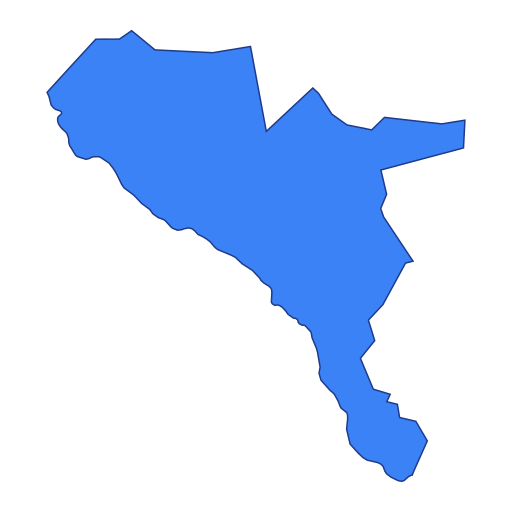 the district of McCormick, South Carolina, United States of America
{"feature_id": "52423323B96528325771668", "entity_name": "McCormick", "entity_type": "district", "adm_level": 2, "iso_a3": "USA", "parent_name": "United States of America", "parent_adm1": "South Carolina", "projection": "albers", "projection_center": [-82.328, 33.836], "detail": "fine", "context": "isolated", "style": "filled", "palette": "blue", "viewbox_px": 512, "rotation_deg": 0, "n_neighbors": 0, "source": "geoboundaries", "source_scale": "gbopen_adm2", "svg_char_len": 1996}
<svg xmlns="http://www.w3.org/2000/svg" viewBox="0 0 512 512"><path d="M47.1,92.3L49.1,96.8L51.1,104.9L53.4,107.7L55.5,109.4L59.8,110.8L61.0,111.4L61.5,112.4L61.6,113.4L60.9,114.5L59.4,115.5L58.1,117.0L57.6,118.7L57.7,121.2L58.4,123.6L59.9,126.1L62.1,128.8L65.8,132.0L67.0,133.7L68.6,138.2L68.9,143.0L69.7,145.6L69.8,145.7L75.6,155.2L77.4,156.6L86.0,159.3L88.6,158.7L92.9,156.8L98.5,156.7L100.2,157.1L109.0,163.0L113.0,168.1L116.1,173.0L121.8,184.6L124.2,188.0L133.9,195.2L141.7,203.5L149.7,209.4L152.9,213.8L158.3,217.6L164.1,219.8L165.5,220.9L171.2,227.2L172.7,228.3L177.5,230.2L181.3,229.8L184.0,228.8L188.5,227.9L191.9,228.7L194.5,230.6L198.1,234.5L202.1,236.3L206.3,238.8L210.3,241.9L214.5,246.9L216.4,248.6L218.4,249.9L231.5,255.3L235.3,257.3L242.2,263.8L252.4,270.4L259.8,278.2L260.9,280.3L264.2,283.3L268.9,286.1L270.9,288.2L271.6,289.7L271.9,292.6L271.4,301.1L271.5,302.5L272.4,303.9L274.9,305.4L276.8,304.9L278.9,305.2L281.9,307.0L285.5,310.7L288.1,314.4L293.6,318.2L295.7,318.4L296.9,319.2L297.8,320.2L298.2,322.2L299.1,323.6L302.0,325.2L303.1,325.0L305.2,325.7L311.1,332.2L312.1,337.9L316.5,348.4L317.5,352.1L320.1,367.2L319.0,373.2L321.0,380.2L330.1,390.4L333.2,393.0L334.6,394.7L338.2,401.2L340.1,406.3L341.0,408.0L346.9,412.8L347.6,415.5L347.6,415.9L347.6,419.3L346.6,429.1L350.1,444.1L358.1,453.0L362.9,457.5L367.1,460.1L374.9,461.9L376.6,462.3L379.3,463.2L380.9,464.2L383.1,466.3L384.9,471.2L386.6,473.8L389.5,476.0L391.2,477.3L398.3,480.7L401.7,481.3L404.2,480.5L408.4,476.7L411.3,475.2L412.2,475.2L413.5,471.8L427.3,440.9L415.8,421.3L399.6,417.5L397.4,404.3L386.8,401.7L390.2,394.3L373.3,389.2L360.4,358.3L374.7,340.6L368.4,320.1L382.9,304.6L405.5,263.1L413.0,261.2L383.7,217.1L380.7,208.5L386.6,194.3L380.9,170.0L463.5,147.9L464.9,120.2L441.6,123.9L384.5,117.4L371.7,129.9L346.9,124.9L331.8,114.1L318.4,93.2L312.8,88.0L266.3,131.4L250.5,46.5L212.8,52.7L155.0,49.9L131.6,30.7L119.4,39.1L95.8,39.2L74.3,62.5L47.1,92.3Z" fill="#3b82f6" stroke="#1e3a8a" stroke-width="1.5"/></svg>